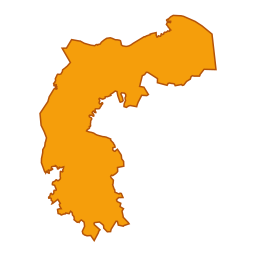 Zaki, Bauchi, Nigeria (Natural Earth projection)
{"feature_id": "59680162B26282391091652", "entity_name": "Zaki", "entity_type": "district", "adm_level": 2, "iso_a3": "NGA", "parent_name": "Nigeria", "parent_adm1": "Bauchi", "projection": "natural_earth1", "projection_center": [10.356, 12.194], "detail": "fine", "context": "isolated", "style": "filled", "palette": "amber", "viewbox_px": 256, "rotation_deg": 0, "n_neighbors": 0, "source": "geoboundaries", "source_scale": "gbopen_adm2", "svg_char_len": 5623}
<svg xmlns="http://www.w3.org/2000/svg" viewBox="0 0 256 256"><path d="M45.7,173.0L45.9,172.5L46.4,172.0L46.4,171.4L46.7,171.2L47.1,171.2L47.2,171.6L47.1,172.2L49.0,173.3L49.3,173.1L49.1,171.1L48.3,170.4L48.4,170.0L48.8,170.0L50.1,170.5L50.8,170.4L51.0,169.6L51.5,169.8L52.5,169.4L52.7,169.1L52.4,168.7L51.7,169.1L51.4,168.7L51.4,167.4L51.7,166.7L53.4,166.3L55.5,166.2L55.5,165.6L56.0,165.8L56.1,166.5L56.5,167.0L57.3,167.0L57.6,167.1L57.7,167.8L57.4,168.4L57.5,168.9L58.4,168.9L59.2,168.2L59.3,167.7L59.7,167.2L60.9,167.7L63.7,166.8L63.3,168.9L62.7,170.0L62.9,171.3L62.5,171.8L61.6,171.7L60.8,171.3L60.3,171.7L60.2,176.6L60.5,177.9L60.3,178.9L58.5,180.6L57.6,180.7L56.7,179.9L56.1,179.8L54.7,181.3L53.0,181.9L52.6,182.6L52.3,184.0L52.4,184.7L54.6,185.3L56.1,189.0L56.3,189.6L56.0,190.3L55.5,190.4L54.2,190.3L54.0,190.6L53.8,191.4L53.9,192.7L53.3,193.9L52.5,194.5L52.1,194.5L51.7,194.0L51.4,193.4L50.8,193.5L50.4,194.0L50.3,194.5L49.7,196.4L48.9,196.8L48.6,197.8L48.8,198.2L50.3,198.0L50.8,198.1L51.2,198.6L51.2,200.0L51.3,200.5L52.5,201.2L52.7,202.0L52.0,203.7L52.7,203.4L57.8,199.4L60.3,203.4L59.3,204.3L59.7,206.1L61.2,208.7L59.4,208.8L57.5,209.4L58.1,213.5L60.4,214.2L60.9,214.8L61.5,215.0L63.2,214.2L65.5,213.8L65.8,213.0L69.1,213.7L70.6,211.2L72.1,212.5L72.5,215.0L73.9,216.5L74.3,219.1L74.0,219.7L75.4,220.8L76.5,221.8L77.3,222.3L78.7,222.0L79.1,222.4L80.5,220.4L81.5,220.0L84.1,222.2L84.6,226.4L82.3,231.3L82.9,233.7L83.9,234.4L84.4,234.9L87.0,235.8L90.7,235.5L94.2,240.6L98.4,232.7L98.6,231.5L100.0,229.8L94.3,224.7L94.0,223.2L94.7,222.6L99.5,222.0L102.5,224.4L103.5,225.4L103.8,228.2L107.3,231.8L110.6,231.6L111.1,229.3L116.1,221.2L117.4,221.4L118.3,225.1L123.3,226.2L123.9,225.6L129.1,223.8L128.3,222.6L123.1,217.1L123.2,216.5L122.1,211.6L122.1,210.9L123.5,208.7L120.0,206.6L120.8,203.3L117.8,201.9L116.8,200.9L116.5,199.7L118.7,197.5L119.6,197.6L123.0,197.5L121.3,193.5L120.0,193.2L119.1,194.0L115.0,192.2L114.6,189.5L114.1,189.1L112.6,184.6L113.0,184.1L113.4,180.2L111.0,177.6L110.6,176.4L111.5,175.2L112.7,175.6L115.7,173.6L117.1,172.2L117.7,171.3L117.5,167.5L123.8,166.2L123.6,161.4L121.7,158.9L121.3,155.4L120.9,154.5L117.4,149.2L116.0,150.3L115.0,151.3L114.2,151.2L112.7,149.9L112.9,147.7L115.1,147.1L114.6,145.1L113.8,144.3L113.6,143.8L113.6,143.3L110.7,140.2L110.7,139.0L106.1,137.1L103.9,136.7L103.0,136.7L97.6,135.2L96.1,134.6L93.7,133.1L91.5,132.4L89.4,132.0L86.5,131.0L86.5,130.7L87.4,129.6L88.2,129.0L89.0,128.6L89.4,128.2L89.6,127.7L89.6,127.4L89.3,127.0L89.3,126.5L90.3,126.3L90.6,125.9L90.4,123.7L90.6,122.9L90.7,121.0L90.9,120.3L91.5,119.6L91.7,119.0L91.7,118.5L91.1,117.7L90.5,117.5L89.3,116.7L89.2,116.1L89.2,115.6L89.5,115.2L90.4,115.3L91.0,115.0L91.8,115.3L92.5,115.8L93.1,116.1L93.7,116.1L93.8,115.8L93.8,115.0L93.2,113.9L92.5,113.4L92.1,112.7L92.3,112.1L93.0,111.3L93.5,111.0L94.1,111.5L94.3,112.2L94.8,112.5L95.8,112.6L95.9,112.2L95.7,111.9L95.1,110.7L95.1,109.8L95.3,109.0L95.8,108.8L98.2,108.8L99.5,108.5L100.3,107.1L101.2,105.8L101.6,104.9L102.7,103.7L102.5,102.8L102.1,102.7L100.3,103.9L99.7,103.9L99.3,103.4L99.1,102.8L99.2,102.1L99.8,100.9L99.5,99.9L99.1,99.5L99.0,98.8L99.3,98.4L99.6,98.2L102.5,99.1L103.0,99.1L104.1,98.6L104.9,98.3L105.2,97.7L105.2,96.9L106.3,96.7L107.5,96.7L110.9,95.4L110.4,94.4L113.4,92.5L115.2,91.0L117.0,91.6L117.8,95.7L120.0,102.0L120.5,102.2L122.4,101.5L123.1,100.6L122.5,97.6L120.8,93.9L121.6,92.8L124.4,93.1L125.6,94.3L125.7,94.6L125.8,96.3L125.0,98.0L125.3,99.6L125.6,100.4L124.3,103.5L124.0,105.2L124.0,106.6L126.4,107.4L128.6,105.9L130.3,105.5L136.7,106.7L137.0,105.4L138.1,102.3L141.7,95.3L146.8,95.6L148.4,94.5L143.9,87.2L139.6,86.4L142.3,75.7L144.6,74.6L146.3,72.3L147.9,72.4L157.5,78.6L157.4,82.7L167.1,85.3L168.1,83.4L169.6,83.0L171.1,83.4L173.1,83.6L174.4,84.0L175.2,85.7L181.5,84.5L182.3,85.4L183.7,85.1L186.6,81.4L190.3,79.1L191.0,76.8L192.3,75.7L194.0,76.1L199.5,76.1L199.9,75.5L199.9,74.7L203.5,70.0L203.7,69.5L204.4,69.3L216.0,69.6L212.0,34.1L202.0,25.9L195.1,21.4L183.7,16.4L181.2,15.8L173.2,15.4L170.7,16.8L168.6,18.8L168.3,19.5L167.7,19.2L167.4,19.3L166.6,20.0L166.7,20.8L167.5,21.3L169.3,21.5L169.8,21.2L170.7,21.3L170.6,22.3L170.4,22.6L168.3,22.3L167.7,22.4L167.1,22.8L166.4,24.5L167.9,26.3L168.1,26.9L170.7,29.9L169.8,30.1L170.0,30.5L169.6,31.1L168.9,31.3L168.3,31.0L167.8,31.1L167.7,31.0L166.5,32.1L165.5,32.3L164.5,32.3L164.0,32.8L163.7,33.9L163.0,34.4L162.2,34.6L162.0,34.3L161.8,34.0L161.6,33.8L161.3,33.8L161.1,34.1L160.8,35.8L160.6,36.2L160.2,36.3L158.4,35.8L158.3,36.2L157.6,37.0L157.0,37.1L156.2,35.3L156.2,34.5L156.1,33.9L156.1,32.6L151.7,33.6L150.2,34.1L150.3,34.6L146.2,36.0L145.1,36.8L144.2,36.7L133.4,43.2L130.8,45.0L128.9,45.9L126.9,46.4L125.6,46.4L122.8,45.9L121.5,45.0L121.2,44.3L121.2,43.5L120.5,40.8L119.5,40.2L118.9,40.2L118.0,39.9L115.2,39.7L112.0,38.3L110.3,37.8L106.7,38.3L104.1,40.0L101.5,42.1L100.0,44.2L98.4,44.4L97.7,45.0L97.1,44.5L96.2,44.6L94.7,45.7L90.9,45.2L84.3,43.3L80.1,41.0L79.8,41.1L71.6,39.6L66.5,48.1L62.1,48.2L70.4,62.5L67.2,66.2L62.6,69.9L62.4,71.5L60.9,74.0L59.6,74.4L57.7,74.2L57.4,74.4L57.2,74.7L55.3,78.8L55.6,80.3L55.5,80.8L54.6,82.3L54.7,82.6L53.6,83.4L53.7,84.1L54.3,84.6L54.2,85.0L53.9,85.4L54.0,85.7L54.2,85.8L54.4,85.7L54.7,85.2L55.0,85.1L55.3,85.0L55.7,85.2L55.9,84.8L56.1,84.6L56.3,84.7L56.2,85.8L55.5,86.8L55.6,87.1L56.0,87.2L56.5,86.4L56.8,86.5L56.7,87.6L56.6,88.1L57.0,88.6L56.9,88.8L56.2,89.1L55.7,88.9L55.4,88.4L54.8,88.3L53.9,89.1L49.2,96.8L47.9,101.6L40.0,113.4L41.1,125.3L44.2,131.7L46.5,137.8L45.6,141.6L45.2,142.4L44.7,146.4L42.8,149.6L42.7,152.8L41.5,158.6L41.4,162.8L44.3,170.8L44.8,171.9L45.4,172.4L45.7,173.0Z" fill="#f59e0b" stroke="#b45309" stroke-width="1.5"/></svg>